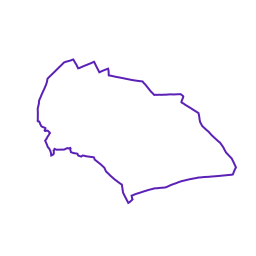 Afaq, Al-Qādisiyyah, Iraq, rotated 335°
{"feature_id": "34846034B39567841057501", "entity_name": "Afaq", "entity_type": "district", "adm_level": 2, "iso_a3": "IRQ", "parent_name": "Iraq", "parent_adm1": "Al-Qādisiyyah", "projection": "mercator", "projection_center": [45.306, 32.022], "detail": "fine", "context": "isolated", "style": "outline", "palette": "violet", "viewbox_px": 256, "rotation_deg": 335, "n_neighbors": 0, "source": "geoboundaries", "source_scale": "gbopen_adm2", "svg_char_len": 3065}
<svg xmlns="http://www.w3.org/2000/svg" viewBox="0 0 256 256"><g transform="rotate(335 128 128)"><path d="M175.1,113.2L172.9,112.3L169.8,110.8L168.4,110.3L166.7,109.4L165.8,109.2L164.8,106.3L164.2,104.8L162.8,99.0L162.1,96.0L161.2,93.6L160.9,92.0L156.1,89.0L152.2,86.4L147.7,83.1L146.6,82.3L144.1,80.4L140.9,78.1L139.3,77.0L137.2,75.4L134.6,73.4L132.8,72.2L134.2,68.8L134.7,67.4L135.0,65.8L132.5,65.6L128.6,65.4L126.5,65.4L125.6,65.4L125.3,57.9L125.3,55.4L125.2,53.6L121.4,53.6L114.6,53.2L111.3,53.1L109.4,53.1L108.0,52.8L108.0,48.9L107.6,45.9L107.5,44.1L107.3,42.7L104.2,42.5L99.6,41.7L97.4,41.6L96.5,42.0L95.2,42.5L91.4,43.8L90.6,44.1L88.3,44.9L84.4,46.3L78.0,48.5L75.9,49.3L75.0,50.6L73.8,52.2L72.4,53.7L71.8,54.4L70.4,55.5L69.1,56.8L67.5,58.1L65.6,59.7L63.4,61.6L61.5,63.4L59.9,64.7L58.6,66.1L57.7,68.0L55.6,70.7L54.2,72.5L53.6,74.1L52.4,76.8L51.7,78.3L51.2,79.2L50.5,80.8L49.6,82.6L49.2,83.3L49.1,83.5L49.4,84.2L50.1,84.4L50.3,85.2L50.3,85.6L50.1,87.7L50.2,88.6L50.2,89.7L50.8,90.7L52.7,92.6L53.1,93.2L52.6,94.0L51.4,94.9L51.4,95.4L52.1,95.9L53.2,96.1L54.0,96.4L54.4,97.2L54.7,98.1L55.1,99.0L55.1,99.6L54.5,99.8L54.0,100.3L52.5,101.3L51.3,101.9L50.5,102.7L49.8,103.0L49.6,103.4L48.7,103.8L48.1,104.2L47.6,104.4L47.5,108.5L47.4,109.7L47.3,111.0L47.3,111.6L47.5,112.2L47.6,112.7L47.9,113.3L47.9,114.2L47.9,115.2L47.9,116.1L47.7,117.3L47.5,118.7L47.0,119.7L46.8,120.5L47.8,120.5L49.2,120.4L50.0,119.7L50.4,118.8L50.9,117.7L51.1,116.9L51.7,116.8L52.6,115.9L54.1,117.5L58.4,119.4L60.8,120.5L62.4,120.6L63.9,120.5L64.8,120.7L65.2,121.3L65.9,121.5L66.7,121.6L67.2,121.6L67.3,122.3L66.5,123.3L66.1,125.8L67.9,127.6L70.7,129.5L71.3,130.0L71.2,131.9L73.5,134.1L75.4,133.8L78.4,136.1L84.0,139.7L84.7,140.2L84.5,142.6L87.9,149.4L89.8,154.1L89.7,158.0L91.1,161.6L91.9,163.8L94.1,168.8L97.2,174.6L98.5,176.7L96.2,184.5L96.3,188.9L96.6,195.4L96.6,196.0L97.9,195.9L100.3,195.2L102.0,194.6L102.0,193.6L102.4,191.9L102.7,190.8L104.0,191.0L105.6,191.0L107.9,191.2L111.6,191.7L113.3,191.9L116.0,192.2L119.4,192.7L120.3,192.8L122.6,193.2L125.0,193.7L125.8,193.7L126.4,194.0L127.9,194.4L128.9,194.9L130.8,195.5L133.3,196.4L135.3,197.2L136.4,197.5L137.2,197.8L137.8,197.8L139.1,197.8L142.5,197.8L145.3,198.0L147.7,198.3L151.4,198.5L154.6,198.9L156.3,199.3L160.8,200.2L163.0,200.7L166.5,201.6L168.1,202.0L169.6,202.4L170.8,202.6L172.4,203.3L173.9,203.8L175.7,204.4L178.0,205.3L180.6,206.4L182.8,207.1L185.3,208.1L189.1,209.5L193.9,211.2L199.0,213.0L202.3,214.2L203.4,214.4L205.0,212.9L206.9,211.1L209.2,209.3L209.2,207.8L209.2,203.3L209.1,199.5L206.5,191.7L206.3,188.8L206.2,185.6L205.9,184.1L205.6,182.3L205.2,180.1L204.3,178.4L202.5,174.1L200.8,169.9L199.4,165.3L198.1,162.5L196.8,159.3L196.1,157.5L195.9,153.1L196.4,150.9L197.7,146.6L198.2,144.2L196.2,141.2L194.0,137.7L191.2,133.4L189.7,131.2L188.6,129.2L187.4,127.7L187.3,127.1L187.6,126.7L188.7,125.6L190.3,124.1L191.2,123.2L191.4,122.9L191.4,122.4L190.9,121.3L190.4,120.3L190.1,119.7L188.5,118.9L183.3,116.8L181.7,115.9L179.1,114.8L177.7,114.3L176.3,113.8L175.1,113.2Z" fill="none" stroke="#5b21b6" stroke-width="2"/></g></svg>